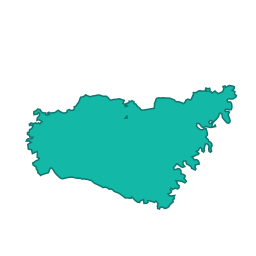 Goioxim, Paraná, Brazil (Natural Earth projection), rotated 108°
{"feature_id": "56859067B63744062598217", "entity_name": "Goioxim", "entity_type": "district", "adm_level": 2, "iso_a3": "BRA", "parent_name": "Brazil", "parent_adm1": "Paraná", "projection": "natural_earth1", "projection_center": [-52.013, -25.138], "detail": "fine", "context": "isolated", "style": "filled", "palette": "teal", "viewbox_px": 256, "rotation_deg": 108, "n_neighbors": 0, "source": "geoboundaries", "source_scale": "gbopen_adm2", "svg_char_len": 5191}
<svg xmlns="http://www.w3.org/2000/svg" viewBox="0 0 256 256"><g transform="rotate(108 128 128)"><path d="M185.9,63.2L184.3,62.2L182.4,63.3L181.0,62.1L179.8,62.8L177.7,62.7L179.2,65.6L179.6,67.8L178.1,69.5L177.3,68.2L176.1,67.1L174.4,67.1L173.4,68.8L171.9,68.5L172.5,66.4L170.6,64.5L170.6,62.0L169.0,61.0L167.1,61.4L166.3,63.6L164.8,64.4L163.4,66.1L162.7,63.8L162.3,61.5L162.1,59.9L162.6,57.0L160.7,56.0L159.4,57.6L158.8,59.2L157.5,58.7L155.8,58.8L155.1,60.5L155.1,63.4L152.3,64.4L151.1,66.0L151.0,68.0L152.5,69.3L153.2,71.4L151.4,72.5L148.4,71.1L146.8,70.3L147.6,68.2L148.5,65.7L148.4,63.7L147.1,62.0L145.5,64.5L143.6,65.2L142.0,64.7L141.7,62.8L143.0,62.0L144.2,60.8L144.4,58.6L145.3,56.0L146.7,55.1L147.0,52.8L147.2,51.1L145.8,50.8L144.7,52.0L142.1,52.4L140.3,49.2L138.8,49.8L137.4,51.4L136.9,52.8L137.8,55.2L136.7,56.4L135.8,58.3L133.9,55.9L132.6,54.8L131.6,53.1L130.2,52.6L129.1,55.8L127.5,54.0L126.1,54.1L124.2,53.1L124.7,51.5L126.9,50.8L127.6,48.7L126.0,48.3L124.5,49.1L122.0,49.4L119.2,49.4L118.6,47.8L119.9,45.5L121.5,45.0L123.0,44.8L124.9,43.9L125.6,42.2L124.3,41.3L122.7,42.2L121.5,43.1L119.0,42.5L117.0,43.6L116.1,44.9L115.6,47.2L114.2,48.2L112.9,51.2L110.0,50.3L108.6,50.9L106.9,51.9L104.5,53.6L105.4,55.5L106.6,56.6L107.2,58.9L105.9,62.3L105.0,63.3L103.7,63.8L102.3,63.8L101.8,61.6L104.2,58.0L104.2,56.3L102.4,54.2L102.3,52.1L101.9,49.4L100.6,47.0L100.0,49.1L98.1,49.1L95.7,48.6L92.8,46.8L89.0,45.5L86.8,45.6L85.4,45.2L85.7,43.0L88.9,41.4L90.5,39.0L91.7,37.0L92.5,35.6L92.4,33.8L91.0,33.0L89.5,33.1L87.9,34.2L86.2,35.5L84.5,36.8L81.5,36.5L81.4,38.0L82.0,39.8L81.6,41.4L80.4,41.1L79.4,39.6L79.5,37.3L78.6,35.5L76.9,35.4L75.6,35.8L74.3,36.3L72.8,37.1L71.5,38.6L72.5,41.3L70.8,42.4L69.4,41.7L68.8,40.3L68.6,38.8L67.8,37.0L65.3,35.0L63.6,34.9L62.9,37.2L60.3,37.6L60.0,40.6L57.8,39.2L55.9,39.6L55.8,41.1L56.0,43.0L56.2,44.8L57.9,46.4L59.2,47.8L58.0,48.7L59.2,50.5L60.7,49.1L62.2,49.1L63.9,49.1L65.3,50.3L67.3,52.6L66.9,54.8L65.9,56.7L67.7,58.0L68.7,59.1L67.7,60.3L68.1,62.0L66.2,61.8L65.0,62.7L65.9,64.0L65.9,66.3L67.3,66.3L68.6,64.4L69.2,67.1L70.1,68.6L70.2,70.7L70.9,72.3L73.2,74.1L74.1,76.8L75.8,76.2L78.6,76.5L80.4,76.6L82.1,77.2L82.0,79.9L83.7,81.6L86.0,81.8L87.7,82.6L87.4,84.1L87.4,86.3L87.3,87.9L88.0,89.6L87.7,91.6L86.9,92.8L86.9,94.7L86.7,97.4L87.7,100.9L88.2,102.9L88.7,104.9L89.5,106.2L89.8,108.1L90.9,109.8L92.3,110.2L94.3,110.1L96.2,110.4L101.1,109.1L103.0,112.9L104.2,114.9L104.8,116.3L106.4,119.1L106.6,121.7L105.5,122.9L104.9,124.9L104.2,126.2L102.8,127.9L102.9,129.8L101.2,130.4L100.8,132.7L102.0,133.6L102.1,135.2L103.4,134.8L104.3,135.8L105.2,137.1L106.6,138.6L105.9,140.5L102.9,140.0L102.9,143.0L102.8,145.0L103.6,146.7L104.5,148.3L105.2,150.4L106.5,152.3L106.9,153.9L105.3,156.3L104.5,158.6L105.5,161.2L105.5,165.6L106.3,167.5L107.1,168.7L107.9,170.3L108.9,172.1L110.0,173.8L109.8,177.1L109.5,178.6L111.2,179.3L112.6,181.0L113.4,182.6L116.3,182.7L118.3,182.8L121.4,183.8L123.4,184.2L124.3,185.7L125.8,185.1L127.8,185.3L128.9,187.6L128.6,189.6L130.0,191.2L132.2,191.1L133.4,193.1L133.8,194.5L133.6,196.2L133.3,198.2L132.6,199.5L133.5,200.6L134.9,201.4L136.1,202.7L136.9,204.6L137.8,206.3L137.4,208.0L138.8,209.3L139.4,207.2L140.6,208.5L140.8,210.5L139.2,211.1L139.9,213.9L139.2,215.5L137.6,217.3L137.9,219.7L140.5,221.1L141.3,222.5L142.9,222.3L144.4,221.5L143.6,219.9L142.8,218.4L140.9,218.0L141.5,216.5L143.1,216.1L144.8,216.6L146.4,217.4L148.8,217.0L147.8,215.7L147.9,213.4L148.5,211.6L149.9,212.6L151.4,213.1L150.7,214.5L152.0,215.9L151.6,217.5L153.1,219.2L153.2,221.8L154.8,223.0L156.0,222.4L154.8,219.2L157.3,219.1L158.9,219.9L159.9,221.1L162.7,220.8L163.3,222.2L165.2,221.6L165.5,219.3L166.9,218.7L166.6,217.1L166.2,215.5L167.6,216.0L168.7,217.6L169.0,219.5L170.2,220.5L172.0,220.6L171.0,218.3L171.7,215.6L173.0,217.0L174.7,218.2L176.3,217.4L178.9,216.3L178.5,213.0L180.6,211.8L181.9,211.0L180.8,209.7L179.8,208.8L178.4,207.2L180.4,206.2L182.0,205.9L184.0,205.3L184.1,203.0L186.2,203.6L188.0,205.7L189.4,206.5L190.6,207.8L192.6,206.7L193.4,203.4L195.4,202.4L196.6,200.8L198.6,199.7L199.2,197.8L200.2,196.5L198.5,194.8L196.2,191.5L195.1,189.8L192.4,189.8L191.1,189.7L189.6,189.0L190.1,187.3L191.0,186.0L192.7,184.2L194.5,181.3L195.8,178.4L196.6,176.6L196.5,174.4L195.3,172.6L194.2,170.9L192.6,167.7L191.9,165.4L191.6,161.9L191.2,159.8L190.6,157.6L190.7,155.7L190.0,154.2L189.7,152.1L189.4,150.5L189.4,148.8L189.3,146.6L190.2,144.5L190.9,142.8L191.5,137.5L191.9,135.1L192.4,133.4L191.5,131.8L191.1,129.8L192.0,126.9L191.2,125.3L191.5,123.5L192.5,121.7L192.7,119.6L192.7,117.1L193.3,114.8L194.4,111.4L195.4,109.1L194.5,106.8L194.3,105.0L193.8,103.3L192.4,103.0L193.6,100.8L194.8,98.5L195.6,96.1L195.2,93.9L194.0,94.0L192.5,92.6L191.3,91.1L193.5,90.1L194.8,89.5L193.8,86.9L192.5,86.0L191.2,87.0L190.6,85.4L190.7,83.6L190.4,82.0L190.6,79.7L188.6,78.9L189.7,77.3L190.9,75.9L193.0,76.0L195.4,74.9L195.3,73.0L193.7,72.9L192.5,71.3L193.2,68.1L192.0,66.3L190.3,64.9L188.2,64.5L185.9,63.2ZM95.7,48.6L97.5,50.3L98.8,51.7L97.2,53.2L95.3,51.7L95.7,48.6ZM106.6,138.6L106.6,136.7L107.3,135.4L108.4,136.9L106.6,138.6ZM118.8,131.9L119.5,133.7L117.2,132.8L118.8,131.9ZM100.6,47.0L99.5,45.1L98.3,46.1L100.6,47.0Z" fill="#14b8a6" stroke="#0f766e" stroke-width="1.5"/></g></svg>